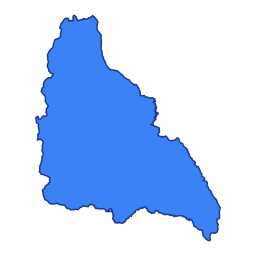 Fang, Chiang Mai, Thailand (orthographic projection)
{"feature_id": "78962969B22433102808870", "entity_name": "Fang", "entity_type": "district", "adm_level": 2, "iso_a3": "THA", "parent_name": "Thailand", "parent_adm1": "Chiang Mai", "projection": "orthographic", "projection_center": [99.201, 19.909], "detail": "fine", "context": "isolated", "style": "filled", "palette": "blue", "viewbox_px": 256, "rotation_deg": 0, "n_neighbors": 0, "source": "geoboundaries", "source_scale": "gbopen_adm2", "svg_char_len": 5835}
<svg xmlns="http://www.w3.org/2000/svg" viewBox="0 0 256 256"><path d="M208.4,240.6L209.3,240.5L210.3,240.0L210.4,239.5L209.6,236.3L211.0,233.2L212.1,232.9L214.7,233.2L216.8,232.3L217.6,230.7L218.0,229.2L217.7,227.8L217.7,226.1L218.2,224.2L217.0,222.6L216.8,221.5L217.2,219.4L218.5,218.9L219.4,218.0L219.6,216.3L219.3,213.3L219.4,210.8L220.2,207.9L217.2,202.6L217.1,201.4L216.3,199.7L213.4,196.6L212.1,194.7L210.7,190.7L208.9,189.6L208.2,187.1L207.2,186.1L206.9,185.3L206.9,184.7L207.4,183.9L207.1,182.2L206.1,181.3L203.6,180.5L204.3,180.0L204.6,178.2L201.5,176.1L201.9,174.3L201.3,173.2L200.3,172.2L200.2,170.8L199.6,170.3L199.6,169.5L198.8,168.0L198.5,167.0L198.0,166.5L196.9,166.7L195.2,165.1L193.9,164.6L194.0,164.0L195.1,163.3L195.3,162.6L194.9,161.8L192.2,159.7L192.0,159.4L191.9,158.3L190.9,157.9L189.9,156.4L189.4,156.1L189.4,154.8L189.0,154.0L189.1,153.7L187.9,152.2L188.0,151.3L187.6,150.9L186.9,148.9L185.8,148.2L185.4,147.5L184.2,146.9L183.1,145.2L182.8,143.8L179.9,142.5L178.5,138.3L177.1,138.0L174.8,140.2L171.1,140.8L168.6,140.1L168.2,139.6L167.8,138.1L165.7,136.0L164.1,136.9L162.5,136.5L162.2,137.1L158.1,135.6L157.9,135.3L158.4,134.0L159.5,131.8L159.2,129.8L159.4,128.4L158.1,127.4L150.4,124.5L152.6,124.3L153.2,124.0L152.9,122.2L154.9,120.4L155.2,119.4L155.8,119.3L155.8,118.8L156.2,118.6L155.3,118.6L155.6,117.8L155.1,117.4L154.5,117.7L154.3,117.1L155.0,116.8L155.8,116.9L156.3,116.5L156.3,116.0L155.5,116.2L155.9,115.1L156.5,114.9L156.0,114.4L156.8,113.9L157.6,114.3L158.0,113.9L157.3,113.5L157.7,112.8L156.8,112.4L156.4,112.7L155.9,111.8L155.5,112.2L155.6,110.9L154.9,110.7L156.0,109.8L156.2,108.9L155.4,108.8L155.3,108.1L156.6,107.4L156.1,106.4L155.4,105.6L155.6,104.7L155.0,104.4L155.3,103.6L153.2,102.1L153.8,101.4L155.3,101.2L155.3,100.7L154.7,100.1L154.8,99.0L152.5,97.9L152.0,98.2L150.7,97.7L149.1,98.2L147.1,96.9L145.6,97.3L144.2,95.4L142.3,96.0L141.7,95.6L140.9,95.6L140.4,95.1L140.1,93.8L140.3,92.9L139.8,90.9L138.9,89.9L139.0,88.8L136.3,84.6L135.6,84.4L134.1,85.0L133.5,84.1L131.8,83.3L131.3,82.5L130.4,81.9L129.2,79.9L127.4,79.4L125.8,78.3L124.5,77.7L122.7,75.3L117.7,71.2L115.8,70.5L110.3,69.6L109.8,69.3L107.2,66.3L106.3,65.0L104.8,61.0L103.7,59.4L103.1,57.0L102.3,55.7L101.8,50.9L100.9,49.0L101.3,45.2L101.3,39.7L100.9,37.9L101.2,35.1L97.6,30.5L97.1,29.6L96.9,25.5L97.9,22.4L96.8,20.0L94.1,16.8L92.7,15.7L89.9,17.7L89.2,17.6L88.3,18.2L88.0,18.8L84.6,19.3L84.4,18.7L83.9,18.5L82.9,19.0L82.4,20.0L81.0,19.6L77.9,20.8L77.5,20.7L77.2,20.1L77.2,19.5L76.9,19.2L75.9,16.6L74.3,15.4L73.6,15.7L73.2,16.4L72.9,17.9L73.3,20.1L72.7,20.9L70.2,20.5L69.0,21.0L68.4,19.3L68.5,18.7L67.0,18.2L65.4,18.5L64.0,19.6L62.8,21.8L61.1,23.6L60.8,25.0L60.2,26.3L59.8,28.2L61.1,28.5L61.5,29.5L60.4,34.4L60.7,35.8L60.1,37.1L58.6,38.4L55.8,39.3L54.6,40.2L52.8,47.5L49.7,50.5L47.5,54.8L47.7,59.3L48.5,62.0L47.5,64.7L47.5,67.1L48.9,69.4L48.8,71.0L50.8,73.1L53.0,73.7L53.2,74.4L52.3,75.5L51.2,77.7L48.9,77.7L48.1,78.0L46.0,79.5L44.2,81.9L43.4,84.8L43.5,87.2L42.3,88.1L41.2,91.3L43.5,94.7L44.1,94.9L45.1,96.0L45.5,98.4L45.3,101.3L47.1,104.3L48.2,105.5L48.2,106.0L46.3,109.4L46.4,111.3L46.0,112.4L46.7,113.8L46.9,115.5L45.7,116.3L43.3,115.9L42.3,116.7L41.4,118.4L40.3,119.2L38.5,118.9L38.3,118.5L38.5,117.2L37.7,116.3L35.8,117.8L36.6,122.8L38.0,123.5L38.7,124.5L38.3,126.4L39.5,132.8L37.7,134.5L38.2,136.6L37.5,139.8L39.5,139.5L40.4,139.0L43.0,141.3L43.3,141.9L42.2,146.9L42.6,148.6L41.9,150.1L43.3,153.5L43.0,155.2L42.2,156.1L42.1,158.2L41.2,162.6L39.8,166.4L39.8,170.4L39.4,171.9L40.1,172.5L41.1,174.2L42.0,174.5L43.5,174.4L45.1,175.5L46.8,175.8L50.1,177.9L49.5,179.5L49.7,181.2L49.5,182.5L49.1,183.0L48.4,183.3L48.6,184.1L47.0,184.7L46.3,185.6L45.2,186.3L44.6,188.6L43.3,189.3L42.4,190.6L43.0,192.2L43.2,194.6L44.7,198.9L45.2,199.8L46.9,200.3L49.6,203.3L50.8,203.8L52.5,204.0L57.1,203.4L59.9,204.6L62.7,205.1L65.0,205.2L65.5,206.6L67.1,208.5L68.3,208.2L68.9,208.7L69.7,208.9L70.5,209.8L74.8,209.6L75.5,209.1L77.8,209.6L80.1,207.5L81.3,207.3L82.1,206.4L82.8,206.0L83.5,205.9L84.0,206.3L85.9,206.2L86.3,206.5L87.3,206.6L88.3,206.5L89.2,205.1L90.2,204.8L90.6,204.1L92.2,204.8L93.1,204.7L95.9,208.5L97.1,208.2L97.4,208.6L99.0,208.9L99.9,208.6L101.3,209.0L102.7,208.7L103.9,208.8L105.0,209.4L106.3,211.6L107.4,211.1L107.6,211.5L108.3,211.6L107.9,210.9L108.1,210.7L109.8,211.2L109.7,210.2L109.2,209.9L109.4,209.0L111.0,208.6L112.1,209.9L111.4,211.6L112.3,211.9L113.1,214.6L113.5,214.9L113.3,215.4L113.5,215.8L113.1,216.0L113.3,217.2L112.8,218.2L112.7,218.9L114.3,220.6L114.2,221.3L114.6,221.5L115.0,222.7L116.2,222.5L117.3,223.1L119.2,222.3L119.7,222.8L121.0,222.8L121.9,223.3L123.6,222.7L123.9,222.3L124.6,222.0L124.9,221.3L125.3,221.3L125.5,220.5L126.1,220.0L126.0,219.5L126.5,219.3L126.6,218.8L127.1,218.8L127.3,218.3L128.5,218.3L129.5,216.3L130.6,215.9L131.3,216.2L131.5,215.2L132.5,214.0L133.1,213.9L134.2,212.6L135.3,212.1L135.2,211.4L135.9,210.1L137.0,209.6L137.7,210.0L139.1,209.5L139.2,209.1L141.0,207.7L141.5,208.4L142.4,208.0L142.9,208.1L144.1,206.9L145.0,206.6L145.5,207.9L147.3,208.4L147.3,210.1L148.0,210.5L148.4,211.7L149.7,212.2L150.3,212.0L150.7,212.3L150.8,212.8L151.7,213.4L154.4,212.8L155.0,211.6L156.1,210.5L156.6,211.0L157.4,211.1L158.6,211.7L159.0,212.7L159.7,212.5L160.6,213.0L161.5,212.7L162.4,213.8L163.3,213.9L164.3,214.5L165.0,214.3L165.4,214.6L166.2,214.1L167.6,214.5L168.7,214.4L169.4,215.1L170.4,214.8L170.9,215.4L171.8,215.0L173.3,215.5L173.4,215.9L173.9,215.6L174.3,216.5L174.7,216.6L175.9,215.8L176.6,216.2L179.6,215.5L181.9,216.0L182.9,215.9L183.2,216.6L183.9,216.9L184.7,216.8L186.0,217.6L186.4,217.6L186.6,217.9L186.3,218.4L186.7,218.5L187.2,219.5L188.3,219.5L189.2,220.5L189.8,220.4L190.0,218.9L191.1,219.3L192.1,220.5L192.8,222.5L193.5,223.6L193.9,226.1L196.0,227.1L198.0,229.0L199.5,229.9L202.2,230.2L203.2,235.7L206.2,239.2L208.4,240.6Z" fill="#3b82f6" stroke="#1e3a8a" stroke-width="1.5"/></svg>